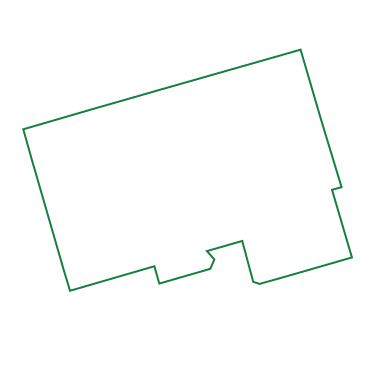 Green Lake, Wisconsin, United States of America, rotated 254°
{"feature_id": "52423323B74406561633186", "entity_name": "Green Lake", "entity_type": "district", "adm_level": 2, "iso_a3": "USA", "parent_name": "United States of America", "parent_adm1": "Wisconsin", "projection": "mercator", "projection_center": [-89.088, 43.808], "detail": "fine", "context": "isolated", "style": "outline", "palette": "green", "viewbox_px": 384, "rotation_deg": 254, "n_neighbors": 0, "source": "geoboundaries", "source_scale": "gbopen_adm2", "svg_char_len": 442}
<svg xmlns="http://www.w3.org/2000/svg" viewBox="0 0 384 384"><g transform="rotate(254 192 192)"><path d="M298.8,47.1L274.8,47.0L261.9,46.9L260.3,47.0L154.8,47.2L130.7,47.5L131.0,135.4L113.0,135.3L113.1,188.4L121.0,194.9L131.1,190.1L131.1,226.8L88.8,226.1L85.0,231.6L84.9,255.6L84.9,267.8L85.0,327.7L155.5,327.2L155.4,337.1L227.0,336.0L298.9,335.6L299.1,191.8L299.1,119.9L298.8,47.1Z" fill="none" stroke="#15803d" stroke-width="2"/></g></svg>